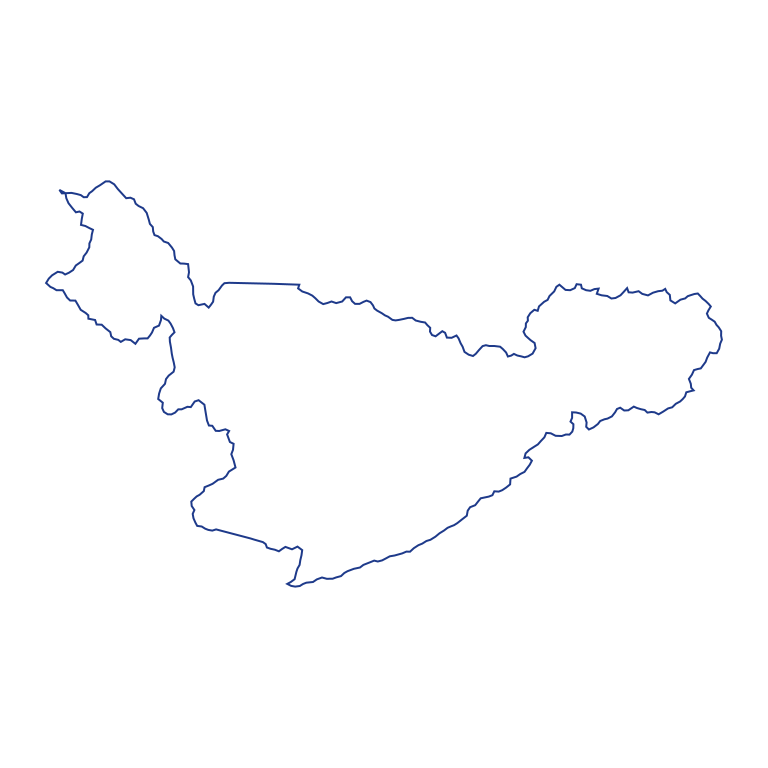 Apiaí, São Paulo, Brazil (Mercator projection)
{"feature_id": "56859067B63180596630366", "entity_name": "Apiaí", "entity_type": "district", "adm_level": 2, "iso_a3": "BRA", "parent_name": "Brazil", "parent_adm1": "São Paulo", "projection": "mercator", "projection_center": [-48.824, -24.415], "detail": "fine", "context": "isolated", "style": "outline", "palette": "blue", "viewbox_px": 768, "rotation_deg": 0, "n_neighbors": 0, "source": "geoboundaries", "source_scale": "gbopen_adm2", "svg_char_len": 5914}
<svg xmlns="http://www.w3.org/2000/svg" viewBox="0 0 768 768"><path d="M65.5,193.2L66.3,198.2L68.5,203.2L72.2,207.9L75.9,212.3L79.5,211.5L82.8,213.6L81.8,218.8L81.0,224.9L85.4,226.0L89.6,228.2L93.0,229.8L91.8,234.5L91.2,239.5L89.4,243.4L89.3,247.3L86.6,252.6L83.7,256.3L82.6,260.6L79.5,262.9L75.8,265.5L73.1,270.0L69.0,272.7L65.1,274.5L62.4,272.6L57.7,271.8L52.1,275.3L48.8,278.6L46.1,283.0L50.4,286.9L53.3,288.2L56.5,290.2L62.8,290.2L64.6,293.2L67.0,297.5L70.1,300.5L75.4,300.6L78.1,305.2L80.7,309.8L85.7,313.0L88.3,315.3L88.4,318.7L95.1,320.0L96.6,324.5L101.7,324.7L105.6,328.4L110.3,332.1L111.2,336.3L113.9,338.8L118.3,339.9L120.8,341.9L125.2,339.3L130.7,340.1L135.4,343.8L139.0,338.7L144.2,338.4L147.6,338.4L150.0,335.5L152.0,332.5L154.0,327.8L159.0,325.6L161.0,320.0L161.3,315.8L164.3,318.6L168.4,320.6L170.6,323.6L173.0,328.2L174.5,332.3L171.9,334.9L169.7,337.5L169.9,341.7L171.0,347.7L171.8,353.8L172.6,357.8L173.7,362.2L174.7,367.3L173.6,371.7L168.7,375.6L166.0,379.1L165.0,383.8L160.8,388.4L159.1,393.6L158.2,399.0L162.8,402.7L162.2,408.1L163.9,411.9L167.7,414.3L171.4,414.4L175.1,412.6L178.3,409.3L181.7,409.3L187.4,406.8L190.8,407.1L194.7,401.5L198.6,400.2L204.4,404.7L205.3,410.3L207.0,420.5L208.9,425.5L212.3,425.8L215.7,430.8L219.2,431.0L225.4,429.3L229.1,431.0L227.1,434.4L229.9,442.0L233.6,443.8L233.0,449.8L231.3,454.2L233.6,460.3L235.5,467.5L228.9,471.6L226.3,475.9L223.2,478.6L218.1,479.8L212.6,483.8L208.8,485.5L204.6,487.2L203.8,491.1L199.6,494.8L196.7,496.4L194.2,498.7L191.3,501.6L191.7,506.0L194.4,510.0L192.7,513.9L193.5,518.3L195.4,522.6L197.2,525.9L201.7,526.5L205.2,528.7L208.3,529.9L212.3,530.6L216.1,529.4L250.7,538.5L254.2,539.6L262.9,542.1L265.7,544.1L266.9,547.5L270.6,548.8L274.8,549.7L278.9,551.3L282.2,548.9L285.4,546.9L292.0,549.3L297.5,546.6L302.2,550.1L301.5,555.2L300.3,560.2L299.6,564.9L297.5,568.5L296.4,571.8L295.6,575.1L294.6,579.2L290.8,582.0L287.3,583.9L291.2,585.9L295.2,586.6L299.8,586.0L303.0,584.0L306.3,582.7L313.0,582.0L316.8,579.4L322.0,577.5L326.8,578.8L332.7,578.7L336.2,577.4L341.0,576.1L344.3,573.0L347.5,571.2L353.9,568.8L360.0,567.5L363.4,564.9L369.5,562.5L374.2,560.6L377.8,561.5L382.1,560.4L386.3,558.2L389.8,556.3L394.6,555.5L402.2,553.4L406.4,551.6L410.0,551.7L413.8,548.2L418.4,545.2L422.3,543.6L426.4,541.0L430.4,539.8L435.4,536.7L439.5,533.3L443.9,530.6L447.6,527.8L451.1,526.3L454.0,525.2L457.2,523.2L461.9,519.5L466.8,515.7L467.7,510.7L470.1,507.2L475.2,505.2L478.1,501.5L480.7,498.3L488.8,496.6L492.4,495.2L494.3,491.3L498.7,491.6L502.2,490.2L506.1,487.6L510.1,484.4L510.5,478.6L516.6,476.6L520.3,474.0L524.5,471.9L526.9,468.5L529.7,464.8L531.9,460.7L528.4,457.3L524.4,457.9L525.6,453.4L529.4,449.8L534.4,446.6L537.9,444.4L540.9,441.0L544.4,437.3L546.3,432.9L550.8,433.3L555.6,435.8L561.8,436.0L565.9,434.5L569.5,434.6L572.3,431.6L573.3,428.2L573.4,424.2L570.5,421.6L572.1,417.9L572.1,412.3L576.1,412.5L580.7,413.6L584.7,416.5L586.6,422.5L586.2,426.8L588.9,429.5L593.5,427.4L597.9,424.0L600.2,421.0L604.4,419.3L607.5,418.6L611.9,416.4L615.1,412.3L617.0,409.0L620.2,407.7L624.2,410.5L628.3,410.3L633.8,406.6L636.9,408.0L640.9,409.2L644.7,410.0L647.4,412.6L651.4,412.0L654.6,412.3L658.6,414.3L663.2,411.6L668.1,408.4L672.2,407.3L675.8,403.8L680.1,401.5L682.7,399.1L685.0,396.4L686.3,392.3L690.0,391.3L693.6,390.4L691.2,387.7L690.8,383.8L688.9,378.9L691.9,374.7L694.0,370.1L697.8,369.0L700.8,368.4L705.6,361.9L707.2,357.6L710.0,352.4L713.0,353.2L716.7,353.2L719.2,348.7L720.2,343.6L721.9,339.7L721.1,335.8L721.2,331.2L718.7,327.3L716.5,324.9L714.7,321.7L711.8,319.7L708.8,317.8L706.9,313.6L708.4,310.4L710.8,306.5L708.8,304.1L705.6,301.0L702.5,298.6L700.3,296.1L697.8,293.5L694.4,294.0L690.9,295.1L687.7,296.2L685.2,298.4L680.4,299.7L675.2,303.4L670.4,300.4L669.8,294.9L666.7,292.1L665.2,288.9L662.4,290.7L658.1,291.2L653.0,292.7L648.0,295.4L642.3,293.9L638.6,291.2L632.6,292.6L628.6,292.3L627.1,288.1L623.6,292.0L620.5,295.3L615.5,298.0L611.4,298.5L607.3,296.0L601.6,295.3L596.8,293.8L598.6,288.6L594.4,289.1L590.4,290.8L586.1,290.2L581.8,288.3L581.0,284.7L576.6,284.2L574.8,288.1L570.2,290.2L565.5,289.9L559.4,284.7L556.4,286.8L554.2,291.4L549.5,296.0L547.6,299.9L544.1,301.8L539.0,306.4L537.7,310.8L534.3,309.8L530.3,313.2L527.7,317.3L527.9,320.7L525.9,323.4L525.8,327.1L523.5,331.7L525.5,335.6L527.9,337.8L530.6,340.2L534.6,343.0L535.6,348.2L532.6,353.6L528.1,356.3L524.6,357.3L521.3,356.4L517.3,355.5L513.9,353.9L511.2,355.6L507.9,356.5L506.1,352.5L502.8,349.0L500.1,346.7L494.3,346.0L489.3,346.0L485.9,345.2L482.6,346.1L479.1,349.9L475.8,353.8L473.0,356.0L468.7,354.7L464.5,351.9L462.6,346.7L460.6,343.2L458.6,338.4L456.5,335.5L451.6,337.8L446.9,337.6L445.1,332.8L442.3,331.2L439.0,333.7L435.6,336.3L432.0,335.0L430.0,331.6L430.2,327.8L427.4,325.2L425.1,322.5L420.8,321.8L415.7,320.5L412.2,317.8L408.0,317.9L403.9,318.9L399.0,319.9L395.6,320.4L392.4,319.9L388.0,316.7L385.0,315.4L381.8,313.2L377.1,310.6L374.4,308.5L373.0,305.4L370.5,302.1L366.6,300.6L363.6,301.8L359.5,303.9L355.1,303.9L352.1,301.2L350.1,297.3L346.0,297.3L342.2,301.5L336.2,303.1L331.5,301.5L327.4,303.0L323.2,304.1L318.6,301.5L315.3,298.2L312.3,295.6L308.0,293.4L302.3,291.5L298.1,288.4L299.3,284.7L273.7,283.8L229.1,282.8L224.4,283.2L222.0,285.5L218.6,290.2L215.5,292.8L213.8,296.6L213.1,301.7L211.0,304.7L208.7,307.6L204.5,303.9L198.4,305.2L195.5,303.4L194.2,298.7L193.2,294.3L193.1,286.5L190.8,280.4L188.1,277.1L189.0,272.3L188.1,264.1L183.9,263.6L180.3,263.5L175.3,259.3L174.5,255.2L174.1,251.0L171.9,247.5L168.2,243.0L163.8,241.5L161.6,239.0L157.9,236.2L154.5,235.1L153.2,231.5L152.8,227.1L149.9,223.9L148.8,219.7L146.7,212.9L143.1,208.2L138.6,206.0L135.7,203.7L134.0,199.3L130.4,197.7L126.2,198.2L121.8,193.4L117.8,189.0L114.2,184.3L109.5,181.4L105.6,181.4L99.9,185.3L95.8,187.7L92.1,191.2L89.3,193.2L87.0,197.1L83.7,197.2L80.8,195.1L76.8,194.0L71.5,192.9L65.5,193.2ZM65.5,193.2L59.4,189.9L61.9,193.4L65.5,193.2Z" fill="none" stroke="#1e3a8a" stroke-width="2"/></svg>